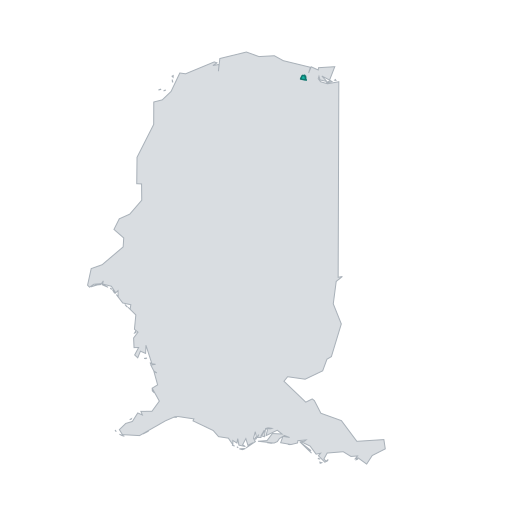 Clark, Washington, United States of America shown in context, rotated 100°
{"feature_id": "52423323B89011069533198", "entity_name": "Clark", "entity_type": "district", "adm_level": 2, "iso_a3": "USA", "parent_name": "United States of America", "parent_adm1": "Washington", "projection": "orthographic", "projection_center": [-122.549, 45.801], "detail": "fine", "context": "in_parent", "style": "filled", "palette": "teal", "viewbox_px": 512, "rotation_deg": 100, "n_neighbors": 0, "source": "geoboundaries", "source_scale": "gbopen_adm2", "svg_char_len": 4476}
<svg xmlns="http://www.w3.org/2000/svg" viewBox="0 0 512 512"><g transform="rotate(100 256 256)"><path d="M403.3,143.3L421.0,124.5L414.6,98.2L423.5,95.2L432.3,106.9L441.7,110.9L437.1,120.4L438.3,123.0L435.3,121.3L436.9,127.7L433.6,136.1L437.7,151.7L444.2,153.9L445.9,151.3L443.9,149.6L445.3,150.0L447.1,152.4L441.9,159.8L439.0,158.1L440.7,162.4L433.8,169.7L431.0,179.4L430.0,176.1L428.4,174.7L430.6,182.7L432.9,182.6L435.6,188.8L435.6,199.3L428.9,198.1L428.9,191.4L427.8,196.9L431.7,201.2L435.1,202.8L437.1,205.8L438.1,221.9L435.9,213.1L428.0,209.0L426.8,199.4L423.9,204.8L431.1,214.9L425.4,214.5L424.2,215.9L423.6,211.4L423.0,210.4L423.1,214.2L424.2,216.6L432.5,216.4L432.2,219.4L427.5,217.5L426.1,217.6L431.9,219.8L433.9,219.6L434.4,223.1L431.4,222.3L436.5,224.4L436.1,225.5L433.6,224.4L429.2,226.2L436.0,226.8L438.9,224.4L446.9,232.6L440.4,226.6L443.8,231.1L437.6,234.3L444.2,236.4L445.5,233.4L445.2,240.0L439.0,242.3L443.5,242.3L441.7,246.8L445.9,246.0L440.2,251.6L440.4,261.5L435.3,267.8L429.3,289.4L427.2,288.9L427.6,304.6L428.4,308.0L434.0,316.5L453.1,339.5L455.1,356.5L450.7,360.4L443.5,355.2L440.4,349.0L431.1,345.2L432.3,340.3L429.0,342.4L427.0,331.5L415.7,326.0L404.2,335.3L400.0,330.5L387.6,336.4L388.4,333.3L386.9,336.7L381.6,340.7L380.1,336.1L380.2,339.8L363.0,348.9L371.1,347.8L369.8,353.3L376.8,354.8L374.5,358.3L366.5,355.7L367.4,360.2L358.0,362.3L351.5,359.0L349.2,363.0L334.9,364.1L328.7,373.1L330.3,370.7L325.7,370.8L325.4,379.1L318.2,386.9L319.8,384.7L314.1,385.9L316.6,387.8L310.9,393.2L310.2,402.3L307.0,402.0L310.0,403.4L312.0,410.8L315.6,414.5L314.0,416.8L297.0,416.1L291.3,406.0L270.1,388.4L261.2,389.4L254.5,400.5L243.1,397.1L236.7,387.6L220.9,378.2L204.9,381.2L205.5,386.0L179.5,390.3L144.2,379.6L122.1,383.4L118.5,375.4L108.7,368.2L89.0,362.8L88.8,357.0L72.1,330.8L72.6,328.0L75.9,331.5L73.8,325.7L80.6,325.1L67.8,325.9L56.8,300.9L59.1,287.7L55.6,272.7L58.9,263.1L60.7,235.2L66.6,236.0L60.1,234.5L62.0,227.0L59.7,227.1L55.9,211.3L70.0,214.1L67.3,222.4L71.8,216.6L71.5,223.5L68.1,225.2L70.6,225.5L73.2,222.6L74.0,215.5L70.0,204.7L262.7,171.4L261.2,167.4L267.1,172.6L289.7,171.6L308.1,160.2L342.0,164.3L345.3,168.2L357.5,170.4L368.8,186.2L369.4,203.9L374.5,206.7L391.3,181.6L387.0,175.8L388.3,173.4L399.6,164.8L403.3,143.3ZM437.7,170.6L440.5,167.1L431.3,180.7L438.1,168.0L437.7,170.6ZM71.1,211.4L73.1,215.8L72.9,216.5L70.3,213.2L71.1,211.4ZM315.1,413.3L311.6,407.3L311.0,403.5L312.1,407.4L315.1,413.3ZM438.2,120.2L439.4,122.1L438.7,122.1L438.2,120.2ZM352.2,360.9L353.0,362.2L351.2,361.6L352.2,360.9ZM96.8,369.2L99.0,368.2L99.1,368.5L96.8,369.2ZM94.4,368.7L93.5,369.9L92.7,368.9L94.4,368.7ZM445.0,157.5L444.8,159.5L444.4,159.4L445.0,157.5ZM311.4,399.6L310.9,403.0L312.5,396.2L311.4,399.6ZM447.3,331.7L450.9,336.3L446.8,331.4L447.3,331.7ZM108.5,374.0L109.5,375.7L108.3,374.2L108.5,374.0ZM456.1,356.9L455.2,359.6L456.4,354.3L456.1,356.9ZM449.1,235.7L448.8,238.9L447.4,232.9L449.1,235.7ZM69.2,207.8L69.2,209.1L68.4,208.5L69.2,207.8ZM317.0,389.0L314.3,391.4L317.0,388.5L317.0,389.0ZM448.2,155.4L449.0,156.8L447.9,157.3L448.2,155.4ZM108.6,378.8L109.5,380.9L108.3,379.1L108.6,378.8ZM313.8,392.8L312.8,394.0L313.6,392.4L313.8,392.8ZM437.8,208.6L437.9,212.6L437.5,207.3L437.8,208.6ZM328.1,374.8L326.5,376.7L328.7,373.6L328.1,374.8ZM428.5,305.9L429.1,308.4L428.3,306.9L428.5,305.9ZM446.6,246.0L446.3,246.8L446.9,244.0L446.6,246.0ZM408.5,332.3L406.8,334.7L405.9,334.9L408.5,332.3ZM380.7,340.6L380.4,341.2L379.2,341.8L380.7,340.6ZM438.3,350.5L439.1,352.0L437.8,350.4L438.3,350.5ZM376.2,346.7L376.3,348.4L375.4,345.7L376.2,346.7ZM452.9,363.7L451.8,364.6L453.2,363.1L452.9,363.7ZM435.9,190.0L436.0,191.9L435.7,189.3L435.9,190.0ZM447.9,240.2L447.6,241.2L447.4,241.2L447.9,240.2Z" fill="#d9dde1" stroke="#a8b0b8" stroke-width="1"/><path d="M74.0,242.7L74.0,242.0L74.0,239.7L74.1,239.2L74.0,237.1L73.8,237.1L73.4,237.6L73.5,237.8L73.4,238.1L73.1,238.2L72.9,238.0L72.5,238.0L72.5,237.9L72.3,237.9L72.1,238.0L72.0,237.9L71.8,238.0L71.6,238.3L71.5,238.2L71.2,238.5L71.0,238.4L70.9,238.5L70.8,238.4L70.6,238.4L70.6,238.5L70.4,238.5L70.3,238.8L70.2,238.9L70.3,238.9L70.4,239.1L70.2,239.2L69.9,239.4L69.9,239.5L69.8,239.8L70.0,240.2L70.1,240.4L70.1,240.5L70.0,241.1L70.0,241.3L70.1,241.5L70.3,241.7L70.6,241.9L70.7,242.0L71.0,242.1L71.3,242.1L71.5,242.1L71.9,242.3L72.0,242.3L72.3,242.4L72.4,242.5L72.6,242.6L72.8,242.5L72.9,242.4L73.0,242.4L73.2,242.5L73.4,242.7L73.7,242.8L73.9,242.8L74.0,242.7L74.0,242.7Z" fill="#14b8a6" stroke="#0f766e" stroke-width="1.5"/></g></svg>